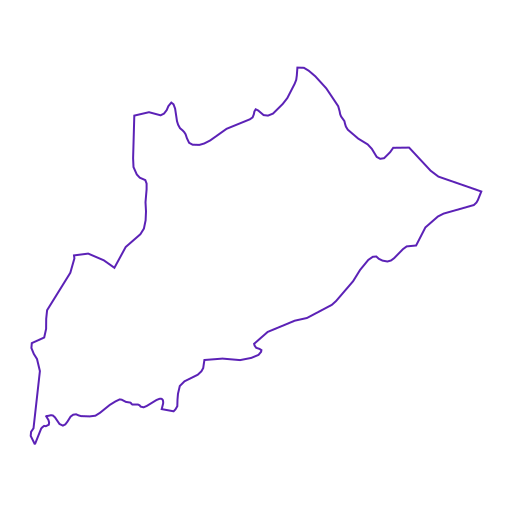 Tiranë, Albers equal-area conic projection
{"feature_id": "ALB-1529", "entity_name": "Tiranë", "entity_type": "County", "adm_level": 1, "iso_a3": "ALB", "parent_name": "Albania", "parent_adm1": "", "projection": "albers", "projection_center": [19.744, 41.26], "detail": "fine", "context": "isolated", "style": "outline", "palette": "violet", "viewbox_px": 512, "rotation_deg": 0, "n_neighbors": 0, "source": "natural_earth", "source_scale": "10m", "svg_char_len": 2319}
<svg xmlns="http://www.w3.org/2000/svg" viewBox="0 0 512 512"><path d="M34.9,444.4L30.7,435.9L31.1,431.8L33.5,428.3L39.9,371.1L37.0,359.0L33.8,353.9L31.4,348.0L31.8,343.1L44.2,337.5L46.1,328.9L46.2,318.8L47.1,310.2L70.3,272.8L74.4,258.4L74.0,255.4L88.2,253.6L103.8,260.3L114.4,267.8L125.7,247.0L140.4,234.2L143.9,228.6L145.6,220.4L146.0,211.5L145.5,202.2L146.6,189.3L146.6,183.6L145.3,180.1L139.8,177.7L136.8,174.5L133.5,167.1L133.1,158.2L134.3,115.6L149.0,112.2L160.6,115.3L164.0,113.6L166.7,110.1L168.4,106.1L171.3,102.6L173.5,104.3L175.1,108.6L177.0,121.2L178.1,124.7L180.0,128.2L182.6,130.4L184.2,132.1L185.6,134.3L186.9,138.2L189.1,142.8L192.6,144.7L199.4,144.9L204.2,143.5L210.1,140.5L226.6,128.8L249.9,119.3L252.6,117.4L253.8,114.4L254.4,111.5L255.7,109.3L258.2,110.5L263.6,115.1L268.0,115.6L273.0,113.6L282.7,104.0L287.3,98.1L294.6,83.9L296.2,79.9L296.8,75.6L297.4,67.6L303.9,67.8L308.7,70.7L315.3,76.3L326.3,88.4L338.2,106.2L339.6,111.2L340.2,114.3L341.1,116.5L344.4,121.1L345.0,123.7L345.9,126.6L347.8,129.7L358.2,138.6L367.7,144.4L371.8,148.8L376.7,156.9L380.2,158.8L384.1,158.2L390.1,152.2L393.2,147.8L409.1,147.6L430.6,170.7L438.4,176.6L481.3,191.5L477.9,200.0L476.5,202.5L473.9,205.0L443.6,213.6L437.9,216.5L425.4,227.4L416.1,245.5L406.7,246.4L403.0,249.1L394.1,258.2L391.0,260.5L387.4,261.5L382.5,260.6L378.8,258.8L376.3,256.5L372.8,256.8L368.3,259.9L360.1,269.9L353.1,281.2L336.0,301.1L331.9,304.8L306.9,318.0L294.7,320.7L267.7,331.9L254.1,343.8L254.6,345.6L256.2,347.8L259.5,348.9L261.4,350.1L261.1,351.8L258.5,354.9L251.3,357.9L240.1,360.1L222.5,358.6L204.4,360.0L203.2,368.1L201.4,371.3L197.8,374.7L184.5,381.3L179.8,386.0L178.0,393.7L177.5,399.5L177.3,406.2L175.5,409.3L173.6,411.3L161.7,409.1L163.1,403.6L163.2,402.1L162.9,400.2L162.0,399.1L161.0,398.7L159.5,398.8L156.5,400.0L146.7,406.0L143.6,407.3L140.6,406.6L139.6,405.3L137.9,404.5L132.3,404.5L131.4,403.8L130.9,403.0L130.3,402.6L125.9,401.9L121.7,399.7L119.7,399.4L115.5,401.4L109.8,404.9L100.0,412.8L95.4,415.7L89.7,416.4L81.0,416.1L78.6,415.4L76.1,414.3L73.2,414.7L70.6,416.6L67.4,421.7L65.3,424.4L62.9,425.6L59.5,424.0L55.0,417.4L52.9,415.5L51.0,415.2L48.0,415.9L46.7,416.0L46.2,416.3L48.5,420.1L49.1,422.5L48.8,424.7L45.8,426.2L44.1,425.9L42.3,427.3L41.2,428.5L34.9,444.3L34.9,444.4Z" fill="none" stroke="#5b21b6" stroke-width="2"/></svg>